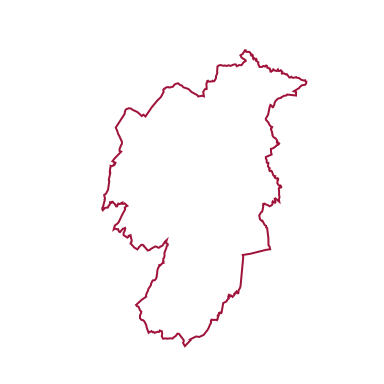 outline of Huasca de Ocampo, Hidalgo, Mexico, rotated 15°
{"feature_id": "50627088B83371137929766", "entity_name": "Huasca de Ocampo", "entity_type": "district", "adm_level": 2, "iso_a3": "MEX", "parent_name": "Mexico", "parent_adm1": "Hidalgo", "projection": "natural_earth1", "projection_center": [-98.54, 20.223], "detail": "fine", "context": "isolated", "style": "outline", "palette": "rose", "viewbox_px": 384, "rotation_deg": 15, "n_neighbors": 0, "source": "geoboundaries", "source_scale": "gbopen_adm2", "svg_char_len": 6020}
<svg xmlns="http://www.w3.org/2000/svg" viewBox="0 0 384 384"><g transform="rotate(15 192 192)"><path d="M273.9,55.8L272.9,55.7L272.4,54.8L271.0,55.4L268.4,55.3L265.7,54.2L263.4,54.5L262.9,54.1L260.3,55.5L259.2,55.5L258.1,55.0L257.8,55.7L256.4,56.2L253.1,53.6L252.4,54.2L250.3,53.6L248.2,54.4L247.9,54.0L248.1,52.6L246.6,51.5L246.1,51.5L245.6,52.3L244.7,52.7L244.2,52.6L243.3,51.4L242.6,53.2L240.7,53.2L238.8,52.5L238.4,54.2L237.7,54.3L237.3,55.3L236.7,55.4L235.9,53.8L235.3,53.4L235.2,52.6L232.5,52.4L232.0,51.0L230.9,50.6L230.4,50.9L230.0,51.9L228.3,51.8L227.4,53.0L224.9,53.7L222.7,51.1L222.6,49.6L219.4,48.4L219.4,47.9L220.0,47.4L219.3,46.7L218.5,47.1L217.2,46.7L216.8,47.6L216.4,47.2L216.3,46.1L215.4,45.4L215.6,44.9L214.9,43.8L214.4,43.7L214.3,44.6L213.8,44.7L212.1,42.2L210.8,41.9L208.2,42.6L207.5,42.2L207.3,41.3L206.5,41.3L205.2,45.5L203.4,47.5L205.2,49.4L209.4,50.7L210.0,51.5L208.3,53.3L207.0,56.7L204.7,57.2L202.8,58.9L201.2,57.4L199.3,58.1L196.6,60.2L194.6,60.1L192.9,61.3L191.2,61.2L190.0,61.9L186.8,62.0L185.3,62.7L184.1,64.1L185.2,69.6L185.7,70.5L185.2,73.9L185.7,76.0L184.8,79.2L183.5,79.6L183.1,79.3L182.6,80.0L180.9,80.7L179.5,81.0L178.6,80.4L178.0,80.9L178.3,81.9L177.8,83.4L179.5,88.7L177.9,89.3L176.9,92.2L178.7,96.5L176.9,96.4L173.2,98.1L172.0,97.0L165.9,95.6L161.8,93.4L156.5,93.1L154.7,91.8L153.1,91.8L150.4,90.6L148.2,91.8L147.1,93.2L146.4,95.1L143.1,97.0L141.7,96.8L140.5,97.4L139.3,98.3L138.9,99.4L138.3,99.6L137.8,101.0L138.7,102.5L137.4,108.3L134.7,112.9L131.1,120.8L127.5,131.1L125.1,129.9L123.8,131.6L118.6,128.9L113.3,128.0L111.5,127.2L109.4,127.4L107.2,128.9L106.6,129.9L106.4,132.0L106.7,134.0L101.7,149.5L104.7,153.4L105.4,154.8L107.2,156.6L111.5,161.9L111.8,164.2L111.4,164.9L110.9,169.2L111.4,171.1L113.1,171.4L108.5,179.7L107.2,182.9L110.5,183.5L110.4,184.6L109.7,184.5L109.5,185.6L109.0,186.6L109.3,186.7L107.6,188.0L106.6,187.8L107.3,193.5L107.6,193.6L107.7,194.8L108.2,194.9L108.4,201.2L108.7,202.4L109.3,202.9L110.3,211.5L109.4,215.8L107.9,217.7L109.7,220.9L109.5,222.0L109.8,222.3L109.9,229.9L109.5,230.6L109.8,231.9L110.6,232.7L112.1,229.8L114.9,228.7L115.0,226.7L115.5,226.2L115.8,225.0L115.6,223.8L115.8,223.9L116.0,223.3L116.7,223.4L116.8,222.4L117.6,222.0L118.1,222.0L118.7,222.8L120.3,223.3L121.1,224.3L122.0,224.4L122.4,225.5L123.3,225.3L123.8,222.3L125.2,222.4L127.3,220.4L127.4,221.5L128.6,221.2L129.7,220.4L133.1,222.1L131.8,223.3L131.1,224.7L131.8,225.7L131.8,226.7L130.5,231.8L129.1,239.6L128.6,241.2L126.1,244.4L126.1,248.4L127.1,247.2L129.3,247.5L130.2,247.0L131.7,249.1L132.8,249.4L134.8,245.3L135.8,244.9L136.6,244.0L137.0,244.5L137.0,247.3L136.5,249.0L137.0,251.3L141.4,252.8L142.7,251.0L142.3,250.6L143.8,249.6L146.4,254.7L146.5,255.8L146.0,256.4L146.1,257.9L146.9,258.1L150.4,260.5L154.1,261.6L155.1,259.0L156.6,256.3L157.1,256.0L158.7,255.9L159.6,256.6L159.5,257.7L159.9,256.9L164.5,260.0L166.3,258.8L166.8,257.8L170.6,254.1L172.1,254.0L173.8,254.6L174.5,254.3L175.1,253.9L175.5,252.8L176.6,252.3L177.6,250.9L178.7,247.0L180.0,245.0L179.9,246.5L180.6,248.4L181.8,248.4L182.4,249.5L181.5,251.4L181.7,252.5L181.1,258.3L181.9,260.2L182.1,262.5L181.5,263.8L182.0,265.2L181.9,266.0L182.5,266.5L182.2,267.5L182.7,267.9L181.8,268.4L180.5,270.9L179.8,270.7L179.2,271.2L179.5,272.1L178.8,275.2L179.0,278.0L179.5,279.9L179.5,282.0L179.9,282.9L179.6,285.3L178.8,286.9L176.9,287.6L176.6,288.9L176.2,291.3L176.4,292.8L175.0,296.7L175.0,298.8L174.4,301.9L174.3,303.4L174.9,304.9L171.5,308.9L167.2,315.6L168.6,316.6L170.0,316.6L172.4,319.7L174.0,320.7L174.1,322.7L173.7,324.7L174.5,327.5L176.3,328.6L178.2,328.5L179.7,329.5L182.3,332.5L183.4,334.8L186.5,339.2L187.7,337.7L188.6,337.4L188.9,336.9L189.9,337.5L190.5,337.6L191.1,337.1L192.3,337.7L195.0,335.9L196.3,335.7L196.8,334.1L198.3,334.6L198.8,334.3L199.9,336.4L200.1,339.1L202.0,341.2L205.0,340.0L205.9,340.2L208.8,339.0L211.3,338.5L211.6,337.5L213.5,335.4L214.6,332.6L216.1,332.4L222.2,337.1L222.7,338.3L222.4,340.0L225.0,342.7L228.9,335.6L228.1,335.1L233.3,330.5L236.6,330.1L240.2,327.1L242.7,321.3L243.3,318.8L243.7,315.2L244.2,314.2L244.1,312.5L243.6,311.9L243.6,310.9L244.3,310.0L244.2,309.3L244.7,310.3L248.3,309.3L248.0,309.0L249.2,309.4L249.6,308.2L249.4,308.1L249.7,304.3L249.0,304.5L249.5,302.5L250.0,302.1L249.6,301.6L250.7,300.9L251.5,301.4L251.8,301.1L250.9,291.2L253.6,288.8L253.9,287.2L255.1,285.1L254.1,284.1L254.3,280.8L255.0,283.0L256.0,283.0L256.5,281.9L258.4,282.8L259.7,279.8L259.2,279.5L260.7,276.6L261.8,278.1L262.9,277.7L262.5,274.9L263.2,272.1L263.2,270.1L258.3,241.4L257.3,239.7L264.3,236.6L278.7,228.6L282.3,227.1L281.0,224.6L279.6,223.5L277.9,217.3L274.0,207.6L273.0,206.7L272.7,206.8L272.3,205.5L270.8,205.1L267.4,201.5L266.9,201.9L264.8,200.8L263.0,197.3L263.9,194.0L264.9,192.6L264.6,187.6L264.1,186.7L263.9,185.0L265.2,184.4L265.6,185.0L268.2,184.9L270.6,185.7L272.0,184.6L272.8,183.3L272.9,182.5L272.3,181.1L272.4,180.1L275.0,180.9L275.3,180.4L273.6,177.2L274.2,176.6L278.8,178.8L277.9,176.8L277.8,174.1L276.9,172.4L275.9,168.5L275.0,166.5L274.9,165.7L275.2,165.2L276.6,164.8L277.0,164.0L275.8,162.8L274.7,163.3L274.0,163.0L272.3,161.6L271.6,159.1L272.1,158.0L271.7,156.7L271.0,156.5L270.4,157.1L268.6,156.9L268.1,156.3L268.3,155.2L266.9,155.2L266.2,154.8L263.8,151.4L262.8,151.0L261.9,151.7L261.6,151.6L260.7,150.3L260.9,148.9L259.9,148.6L258.6,147.3L258.3,144.2L257.9,144.0L256.7,144.3L256.2,143.4L255.9,141.8L254.7,140.6L254.3,139.1L259.2,135.2L258.0,133.0L257.1,129.9L259.2,128.6L261.3,125.9L261.5,125.1L263.1,124.0L263.7,122.7L262.7,122.0L261.8,122.6L261.1,122.3L261.0,120.3L258.9,118.6L256.8,118.0L255.1,116.6L254.9,115.4L253.9,114.2L254.0,113.6L252.0,111.0L251.9,110.3L252.3,110.1L252.6,108.5L251.5,108.5L249.5,107.1L247.6,104.9L244.7,103.1L244.3,102.1L245.5,97.6L245.0,90.2L245.2,87.6L246.3,87.9L247.9,89.3L248.4,88.9L248.9,86.4L248.7,84.6L249.2,82.4L250.9,79.5L253.5,78.1L253.9,77.2L256.0,75.3L258.3,74.2L258.7,73.2L267.5,71.9L266.7,68.5L264.3,68.3L268.6,63.9L269.0,62.6L270.4,60.6L273.7,59.0L274.1,57.3L273.9,55.8Z" fill="none" stroke="#9f1239" stroke-width="2"/></g></svg>